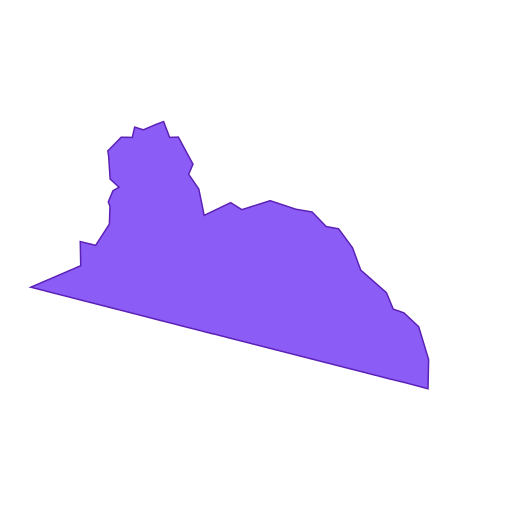 Caroline, Maryland, United States of America (Natural Earth projection), rotated 108°
{"feature_id": "52423323B10584672826222", "entity_name": "Caroline", "entity_type": "district", "adm_level": 2, "iso_a3": "USA", "parent_name": "United States of America", "parent_adm1": "Maryland", "projection": "natural_earth1", "projection_center": [-75.855, 38.889], "detail": "fine", "context": "isolated", "style": "filled", "palette": "violet", "viewbox_px": 512, "rotation_deg": 108, "n_neighbors": 0, "source": "geoboundaries", "source_scale": "gbopen_adm2", "svg_char_len": 848}
<svg xmlns="http://www.w3.org/2000/svg" viewBox="0 0 512 512"><g transform="rotate(108 256 256)"><path d="M199.2,232.6L199.0,259.6L216.3,283.8L213.1,296.6L233.4,317.9L224.6,322.8L210.0,331.1L199.1,345.3L188.2,344.3L166.9,366.6L169.9,374.8L156.7,385.4L161.6,391.6L170.8,402.1L170.9,411.2L181.4,410.3L184.7,420.9L201.8,429.4L206.6,427.0L227.9,418.5L232.9,407.5L238.1,412.2L250.1,413.2L254.0,410.2L271.0,405.3L295.4,411.8L296.6,427.6L319.4,419.7L355.3,460.6L351.7,404.0L348.6,355.7L346.8,326.4L345.7,310.1L345.4,303.9L345.3,303.7L345.2,301.1L344.4,290.2L344.4,289.3L343.4,272.9L343.2,272.0L341.9,251.0L332.6,106.7L331.6,90.4L330.3,74.0L330.1,69.7L329.1,51.4L301.2,59.8L273.0,79.4L264.4,97.7L264.1,109.1L250.6,120.6L237.0,152.1L218.4,166.7L204.6,185.9L206.3,198.4L196.8,216.2L199.2,232.6Z" fill="#8b5cf6" stroke="#5b21b6" stroke-width="1.5"/></g></svg>